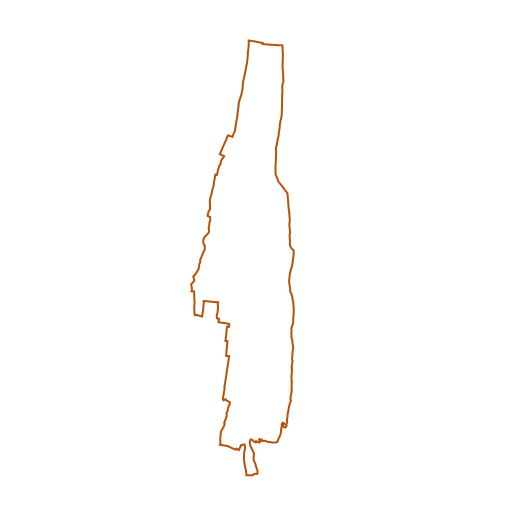 outline of Alexandru Vlahuta, Vaslui, Romania, rotated 207°
{"feature_id": "2599482B68541594325283", "entity_name": "Alexandru Vlahuta", "entity_type": "district", "adm_level": 2, "iso_a3": "ROU", "parent_name": "Romania", "parent_adm1": "Vaslui", "projection": "robinson", "projection_center": [27.622, 46.447], "detail": "fine", "context": "isolated", "style": "outline", "palette": "amber", "viewbox_px": 512, "rotation_deg": 207, "n_neighbors": 0, "source": "geoboundaries", "source_scale": "gbopen_adm2", "svg_char_len": 6027}
<svg xmlns="http://www.w3.org/2000/svg" viewBox="0 0 512 512"><g transform="rotate(207 256 256)"><path d="M360.3,444.7L358.0,440.1L355.7,433.9L353.7,429.4L353.2,427.9L352.4,426.1L351.3,422.6L349.8,417.4L349.4,416.3L349.1,414.7L348.7,413.4L347.2,407.9L346.7,405.6L344.1,399.3L342.4,393.7L341.4,387.1L340.8,384.5L340.3,383.1L339.2,380.7L338.5,378.3L337.3,374.9L335.8,371.3L334.3,365.8L332.5,360.9L331.7,358.1L331.5,357.1L331.4,353.9L331.0,351.5L335.8,350.7L335.4,346.6L335.0,338.9L334.4,330.3L329.6,330.4L330.2,327.1L330.3,325.3L330.0,323.6L329.6,322.8L329.5,322.0L329.4,320.9L329.7,319.5L329.6,318.6L329.2,317.7L328.9,315.0L328.1,312.7L327.9,310.8L327.7,310.4L329.2,310.1L328.8,308.9L328.4,307.3L327.5,305.0L327.4,303.7L327.2,303.0L326.4,301.4L325.5,298.8L325.4,297.5L325.2,296.3L323.5,289.9L323.2,287.7L322.8,286.1L322.1,284.0L320.0,280.1L319.7,279.9L318.2,276.7L318.1,276.4L318.5,275.2L318.5,274.5L317.5,270.1L317.2,269.7L314.5,269.9L312.8,266.7L312.8,264.9L312.1,263.2L311.7,262.6L311.3,260.7L310.7,259.2L309.3,257.1L308.9,256.2L308.8,255.6L308.9,254.7L309.5,252.2L310.4,250.3L310.5,249.5L310.4,249.0L310.5,248.2L310.2,246.3L309.4,244.4L307.6,242.5L306.7,242.0L306.4,242.0L304.5,238.4L304.5,237.4L304.7,236.1L304.4,233.9L304.4,232.1L304.2,230.8L304.1,228.5L303.6,226.2L303.2,226.0L302.9,225.2L302.8,224.5L302.9,223.4L302.7,222.6L301.8,220.3L301.3,218.2L301.2,217.5L301.5,217.1L301.5,216.6L301.3,215.7L301.6,213.8L301.7,211.9L302.5,209.7L302.5,209.0L301.8,208.3L301.0,207.7L299.8,206.0L300.2,203.6L300.7,202.3L300.8,201.1L298.5,198.2L297.6,196.3L297.5,195.3L295.1,196.4L293.6,193.8L293.3,193.5L293.0,192.4L292.8,191.9L292.2,191.2L291.5,190.0L290.7,188.3L289.4,186.3L288.1,183.1L286.8,180.4L283.8,175.5L282.6,176.0L282.3,176.5L281.7,176.8L281.1,176.7L276.6,177.6L278.7,184.3L280.3,187.9L281.2,190.5L282.2,192.1L279.0,193.5L270.3,196.8L268.7,197.6L268.6,196.8L268.1,195.6L266.3,192.5L265.8,191.1L264.6,188.2L264.2,185.6L262.5,182.7L262.0,182.6L261.2,183.2L260.8,183.3L260.6,183.2L260.0,182.2L259.4,180.0L251.8,182.5L249.0,183.3L247.9,180.7L249.7,180.1L249.6,179.7L248.1,175.6L246.0,170.3L244.8,166.5L244.7,166.4L242.8,167.2L241.7,164.3L240.7,162.2L239.3,158.2L238.2,155.8L237.3,153.4L234.5,154.6L227.0,132.3L224.6,124.7L224.1,124.5L224.0,124.2L221.9,117.7L220.8,114.0L220.1,113.1L219.6,112.6L219.2,112.7L218.6,114.3L218.0,114.6L216.7,113.9L212.9,113.8L212.2,112.2L212.3,111.4L211.7,106.9L211.1,105.5L210.8,104.2L211.1,103.1L210.1,101.1L209.5,100.5L209.4,100.2L209.5,99.1L209.0,98.2L209.1,97.0L209.0,96.5L209.0,95.8L208.9,95.1L208.9,94.4L208.5,93.4L208.6,93.0L208.0,92.7L207.4,90.9L207.3,88.6L207.5,84.8L207.5,83.6L207.4,83.2L204.5,76.0L203.0,73.6L202.6,72.9L202.5,71.4L194.9,73.8L187.7,74.0L187.4,74.2L186.8,74.4L185.9,74.4L185.8,75.5L183.1,75.4L183.3,77.1L183.3,79.0L183.2,79.9L183.6,80.4L182.8,81.1L181.9,82.2L180.8,82.8L180.4,82.6L179.5,81.6L178.6,80.1L177.1,74.9L174.9,70.2L173.7,68.2L172.6,66.8L171.9,65.4L171.3,64.9L169.6,62.6L167.7,60.7L167.1,59.7L165.1,56.6L165.0,56.3L162.0,57.8L160.0,58.6L159.1,59.8L158.9,60.7L158.5,61.0L157.3,62.0L156.1,62.3L156.3,63.8L156.8,64.7L157.9,66.1L160.3,68.3L162.3,70.7L164.7,72.4L165.5,73.2L165.8,73.6L167.3,76.7L167.6,78.2L168.3,79.2L175.1,84.6L175.8,85.3L176.7,86.6L177.2,87.6L177.5,90.2L175.4,90.4L175.3,90.2L173.7,89.8L172.2,89.6L171.8,89.7L171.4,89.9L171.8,90.7L171.8,91.0L168.6,91.3L168.2,91.4L168.4,92.1L168.5,92.9L168.8,93.1L169.7,93.5L169.9,93.8L170.0,94.3L169.8,94.5L167.5,95.1L167.2,94.7L167.1,93.8L166.9,93.8L166.3,94.2L165.4,94.5L164.6,95.2L163.7,95.6L160.5,95.8L158.9,96.8L157.4,97.0L155.9,97.6L155.1,98.1L154.1,98.6L153.2,99.4L152.7,99.7L152.6,100.5L153.0,104.1L153.0,106.4L153.3,108.6L153.7,109.8L153.8,110.8L154.5,111.8L155.2,114.0L155.1,114.5L155.5,114.9L155.8,116.7L156.4,117.1L156.6,117.4L156.6,118.6L156.6,119.5L155.9,119.9L155.1,119.7L154.9,119.5L154.7,118.9L154.8,118.5L155.0,118.3L154.6,116.6L154.3,116.5L153.6,116.4L152.8,116.7L152.5,116.3L152.3,116.3L151.9,116.5L151.9,117.5L151.7,118.2L151.8,119.1L152.3,119.5L152.7,119.5L152.8,119.7L152.6,121.2L152.8,122.1L154.1,124.3L155.0,127.2L155.7,128.6L157.8,135.5L159.1,140.7L159.1,142.7L159.4,143.2L160.1,143.8L161.1,145.7L161.2,146.6L162.3,149.7L162.4,151.3L163.6,152.5L163.7,153.3L164.1,154.4L166.1,158.0L166.5,159.4L166.9,160.3L167.3,160.2L167.9,161.5L168.2,161.6L168.9,163.4L169.6,164.4L171.2,168.4L171.7,170.0L172.6,170.9L172.6,171.8L172.9,172.4L173.7,172.8L173.9,173.3L174.0,174.0L174.7,175.9L175.5,178.5L176.0,179.3L176.6,179.7L177.5,181.5L180.4,188.5L180.7,190.5L181.7,191.6L182.5,193.1L183.7,194.6L184.6,196.0L184.8,196.5L185.8,197.9L187.7,199.8L188.1,201.0L189.4,203.0L190.6,206.0L191.6,207.6L192.1,209.7L192.1,210.9L192.3,212.4L193.4,215.0L194.0,216.2L194.9,218.5L195.7,220.1L196.5,222.3L197.8,224.9L198.4,225.8L198.7,226.7L202.2,232.2L203.7,233.8L204.1,234.4L204.2,234.8L206.2,237.3L207.7,238.7L208.5,239.1L209.4,239.9L211.1,243.0L212.8,245.1L215.2,248.8L217.1,253.8L218.0,256.4L218.1,257.7L218.5,258.2L218.6,258.7L219.4,263.5L220.4,266.9L221.6,269.9L221.9,271.2L222.5,272.6L223.3,274.8L224.7,277.6L225.1,278.2L225.5,278.4L226.6,278.4L227.2,278.6L228.2,279.1L230.5,280.9L231.0,281.5L232.3,284.3L234.9,288.7L236.0,290.9L236.2,292.4L240.2,298.4L241.2,300.5L241.6,302.2L243.0,304.6L246.1,309.9L247.3,311.4L248.8,313.8L249.7,314.9L251.2,317.8L251.8,318.6L253.7,321.8L256.3,325.9L257.4,326.7L259.4,327.5L263.7,329.8L270.0,332.5L270.9,333.3L271.6,334.3L275.2,337.2L275.7,337.8L279.2,344.4L281.5,349.8L282.2,350.9L282.5,352.2L283.1,353.1L283.8,354.8L284.1,355.2L285.2,357.6L285.5,358.4L286.4,359.6L287.7,362.5L288.0,365.1L288.5,365.9L288.9,367.9L289.6,369.5L290.2,372.3L291.0,374.8L291.8,376.5L292.3,378.6L292.9,380.1L293.2,381.3L293.9,382.5L295.3,386.7L296.1,390.1L297.2,393.5L303.2,406.2L306.3,412.4L307.1,414.6L309.5,418.7L310.0,420.1L310.4,421.7L310.7,423.6L310.9,424.3L311.3,425.0L312.1,426.1L313.8,429.4L318.0,436.2L321.0,442.5L321.7,443.8L323.2,447.3L326.0,452.0L327.4,454.6L328.1,455.7L331.9,453.9L346.3,447.8L346.7,448.8L354.6,446.6L360.3,444.7Z" fill="none" stroke="#b45309" stroke-width="2"/></g></svg>